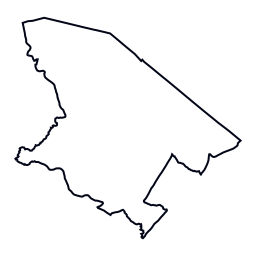 outline of Emurua Dikirr, Rift Valley, Kenya
{"feature_id": "3690345B94519254853834", "entity_name": "Emurua Dikirr", "entity_type": "district", "adm_level": 2, "iso_a3": "KEN", "parent_name": "Kenya", "parent_adm1": "Rift Valley", "projection": "mercator", "projection_center": [35.07, -1.004], "detail": "fine", "context": "isolated", "style": "outline", "palette": "ink", "viewbox_px": 256, "rotation_deg": 0, "n_neighbors": 0, "source": "geoboundaries", "source_scale": "gbopen_adm2", "svg_char_len": 5750}
<svg xmlns="http://www.w3.org/2000/svg" viewBox="0 0 256 256"><path d="M142.3,59.7L141.2,61.0L134.9,54.1L131.4,51.2L125.8,46.6L116.8,39.0L112.7,35.6L110.2,33.5L105.4,32.3L95.6,30.0L94.3,29.8L91.0,29.0L84.1,27.4L73.0,24.7L63.1,22.3L55.9,20.6L53.5,20.0L44.2,17.8L32.7,20.8L28.0,21.2L22.7,22.9L23.3,25.8L24.0,29.3L24.8,33.0L25.0,34.6L25.1,35.5L25.3,36.7L25.7,37.8L25.9,38.5L26.1,39.4L26.2,40.2L26.2,42.0L26.6,43.0L27.7,44.2L28.5,44.8L29.1,45.3L30.1,46.4L30.5,47.3L30.5,48.2L30.1,49.2L29.5,50.2L28.4,51.3L28.0,52.1L27.7,52.9L27.4,54.2L27.5,55.0L28.5,55.5L30.9,55.9L31.9,56.2L32.6,57.2L33.1,58.8L34.2,60.8L35.0,60.7L35.6,60.0L36.8,59.3L37.7,59.3L37.5,60.3L36.4,64.5L35.4,64.7L35.5,66.7L36.1,68.5L37.2,70.4L38.5,71.1L39.8,71.3L41.0,71.1L42.0,70.9L43.3,70.8L44.2,71.3L44.8,71.9L44.8,72.8L44.3,73.6L44.4,74.8L44.7,76.3L45.1,77.0L45.5,77.7L48.0,79.8L51.4,82.2L53.3,83.7L54.4,85.1L54.6,86.0L54.8,87.0L55.1,88.2L55.6,89.6L55.9,90.6L56.0,91.3L56.4,92.7L57.0,93.8L57.2,95.1L57.4,96.1L57.5,97.2L57.7,98.1L58.1,98.8L58.2,99.7L58.6,100.6L59.0,101.8L59.3,102.5L59.4,103.3L59.5,104.3L59.6,105.2L59.9,105.9L60.5,107.0L61.0,107.9L61.6,108.6L62.5,109.3L63.2,109.9L64.4,112.9L65.4,115.1L65.5,116.1L65.1,117.0L64.1,117.3L62.9,117.6L61.3,117.8L60.3,117.5L59.0,118.0L57.8,117.7L57.1,117.5L56.1,118.2L55.3,118.7L55.3,120.0L55.1,121.0L55.4,121.8L56.0,122.7L56.8,122.9L57.1,124.3L56.8,125.4L56.1,125.7L55.0,125.8L54.0,125.5L53.2,125.4L52.7,125.9L53.1,126.7L52.5,127.6L51.8,127.8L50.9,127.7L51.0,128.5L50.7,129.3L50.2,129.9L49.7,130.8L49.2,131.7L48.5,132.3L48.4,133.1L48.8,134.0L48.0,134.9L47.4,135.5L46.6,136.0L46.3,136.9L46.2,137.8L45.5,138.6L44.6,139.1L43.7,139.4L43.2,140.4L42.6,141.2L41.9,141.9L41.3,142.4L40.5,142.6L40.5,143.4L39.8,143.6L39.1,144.8L38.0,145.1L36.9,145.6L35.7,145.2L35.6,145.9L35.0,146.7L34.4,147.7L34.2,148.5L33.3,149.1L32.5,149.7L32.0,150.5L31.1,150.7L30.0,150.6L29.4,149.9L28.4,149.4L27.4,149.0L26.6,149.0L25.8,148.9L25.1,149.3L24.6,148.5L24.1,147.5L23.2,147.4L22.4,147.2L21.3,147.6L20.2,148.0L19.6,148.6L20.1,149.6L20.1,150.5L19.4,150.9L19.1,151.6L19.5,152.4L19.0,153.0L18.5,153.7L18.2,154.6L17.7,155.2L18.1,155.9L18.6,156.5L17.9,157.2L16.8,157.7L16.0,158.2L15.4,158.7L15.8,159.5L16.6,159.4L17.3,159.9L17.3,161.0L18.1,161.7L19.2,162.3L20.1,162.7L20.9,162.8L21.9,163.5L22.8,163.8L23.6,164.5L24.5,164.8L24.9,164.2L25.5,164.7L26.5,165.0L27.6,165.0L28.6,164.5L29.4,164.1L29.8,163.4L30.1,162.8L30.8,162.2L31.6,161.6L32.3,161.4L32.9,161.8L33.8,161.6L34.7,161.2L35.3,161.8L36.2,162.0L37.6,162.0L38.3,162.0L39.5,162.6L40.7,163.2L41.9,163.7L44.5,164.6L46.6,166.0L47.4,166.8L48.9,168.9L49.6,169.6L50.5,169.8L52.0,169.8L53.6,169.6L54.3,169.3L55.4,168.7L56.1,168.5L57.3,168.3L58.1,168.4L59.3,168.3L60.5,168.6L61.8,169.5L62.7,170.4L63.4,171.3L64.0,173.9L64.6,176.1L64.8,178.3L66.0,180.8L67.9,185.2L68.1,186.0L68.6,188.0L68.8,189.1L69.7,190.1L71.1,191.2L72.8,193.4L73.7,194.3L74.9,194.9L77.0,195.5L79.2,196.1L80.6,196.4L82.1,196.7L83.1,196.2L84.0,195.7L85.6,195.2L86.7,195.2L87.9,195.2L89.2,196.3L89.8,197.0L90.5,197.9L91.5,198.7L92.4,199.1L94.4,200.2L95.5,200.6L96.7,200.6L98.5,201.0L101.1,201.8L102.5,202.2L103.0,203.3L102.3,204.3L101.2,205.4L99.5,206.4L98.4,206.7L97.5,207.2L98.1,208.1L99.7,208.7L104.1,210.6L105.2,211.5L107.4,213.0L109.0,214.0L110.5,215.0L111.1,214.1L112.1,213.1L113.1,213.0L114.0,212.6L115.3,212.3L116.5,212.2L117.4,212.0L118.4,211.8L119.4,211.4L120.5,211.0L121.3,210.4L122.0,210.1L122.9,209.8L123.8,210.6L124.6,211.5L124.6,212.6L125.1,213.2L125.9,213.8L126.7,214.7L126.8,215.5L126.9,216.3L127.7,217.1L128.6,218.0L129.4,218.8L130.0,219.6L130.4,220.3L131.0,221.1L131.8,221.6L132.6,221.9L133.4,222.5L134.1,223.1L134.9,223.6L135.6,224.0L136.9,224.4L137.9,224.0L138.9,223.7L140.0,224.4L141.0,224.1L141.3,225.1L141.4,226.0L140.7,226.7L141.3,227.1L141.4,227.9L141.2,228.8L140.4,229.6L141.3,230.1L142.3,230.2L143.3,230.7L143.1,231.4L143.6,232.3L143.2,233.3L142.4,233.6L141.3,233.9L141.9,234.8L142.3,235.5L142.1,236.2L141.5,236.9L142.1,237.8L142.9,238.2L144.7,236.4L146.0,234.0L148.4,231.3L149.7,230.2L151.3,228.4L153.4,225.4L154.1,224.2L154.8,223.5L156.2,222.3L158.0,220.9L161.0,217.2L162.8,215.3L164.3,213.6L165.1,212.6L166.0,211.8L166.6,211.1L166.9,210.2L166.6,209.5L165.5,209.6L164.6,209.5L163.9,209.1L163.2,208.6L163.1,207.5L162.5,206.6L161.5,206.1L160.8,205.5L159.8,204.9L158.5,205.0L157.7,205.3L156.7,205.7L155.6,205.3L154.8,205.4L154.1,205.1L153.0,204.9L151.6,205.2L150.5,205.0L149.8,204.5L149.0,204.2L147.8,203.8L146.9,203.3L145.9,202.8L144.8,202.5L144.1,201.9L143.9,200.7L144.7,199.7L145.9,198.3L146.7,197.0L148.4,194.1L149.8,191.3L151.2,188.5L153.0,186.1L153.6,185.3L155.6,181.7L158.1,177.7L159.7,175.2L161.7,172.4L165.5,166.4L168.0,162.1L170.3,158.5L171.6,156.0L172.1,154.3L172.6,154.8L173.0,155.6L173.7,156.3L174.6,156.3L175.0,157.2L175.7,158.1L176.3,159.1L176.9,159.9L177.3,160.8L177.8,161.7L178.1,162.4L179.0,162.8L180.3,162.8L181.4,163.3L182.2,163.5L183.0,163.7L183.6,164.3L184.2,164.7L184.8,165.7L185.8,166.7L186.9,167.2L187.8,167.8L188.2,168.5L188.8,169.1L189.6,169.1L190.2,169.6L190.8,170.1L191.7,170.3L192.4,170.6L193.3,171.1L194.1,170.8L194.8,171.2L195.6,171.2L196.6,171.7L198.0,171.3L199.1,171.2L199.4,172.3L200.1,173.2L200.4,174.0L200.9,174.5L201.6,173.2L202.9,171.7L204.3,170.0L205.7,167.4L207.2,164.1L207.9,162.2L208.5,160.1L208.9,156.0L209.2,154.3L210.1,154.2L211.4,155.7L212.7,156.7L213.9,157.0L215.8,156.5L218.2,155.1L221.2,153.6L223.2,152.5L226.5,151.2L228.2,150.6L230.6,149.7L233.5,148.5L234.9,147.5L235.6,147.0L236.6,146.3L237.5,145.4L237.7,144.3L237.9,143.4L238.3,142.7L238.9,142.2L240.6,140.6L228.9,130.9L219.5,123.7L217.9,122.5L213.8,119.1L204.4,111.5L195.2,103.9L193.6,102.6L186.3,96.5L177.3,89.0L171.4,84.1L169.0,82.1L161.0,75.6L152.3,68.4L144.1,61.8L142.3,59.7Z" fill="none" stroke="#020617" stroke-width="2"/></svg>